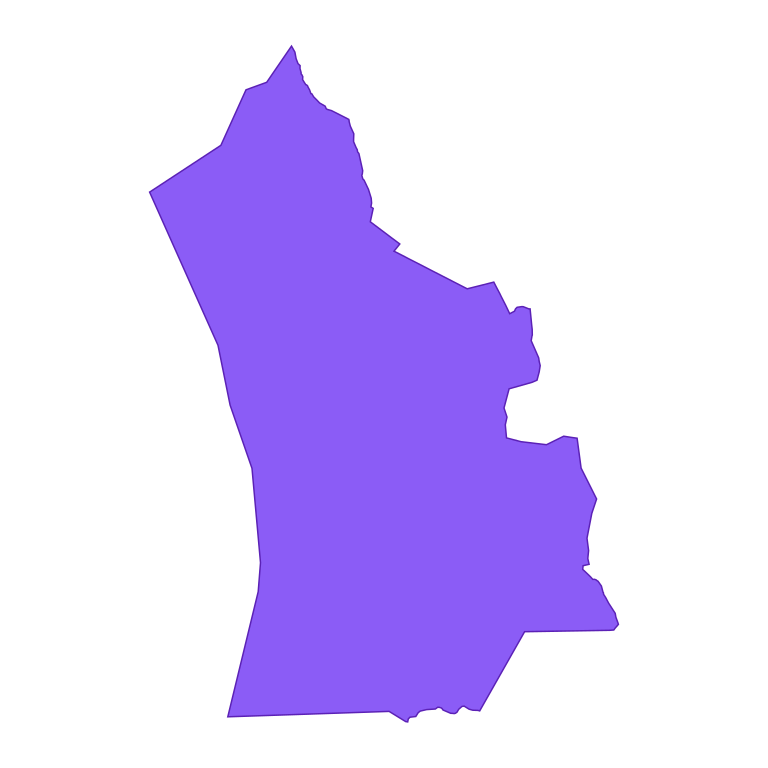 outline of Valerio Trujano, Oaxaca, Mexico
{"feature_id": "50627088B90895159009900", "entity_name": "Valerio Trujano", "entity_type": "district", "adm_level": 2, "iso_a3": "MEX", "parent_name": "Mexico", "parent_adm1": "Oaxaca", "projection": "robinson", "projection_center": [-96.976, 17.773], "detail": "fine", "context": "isolated", "style": "filled", "palette": "violet", "viewbox_px": 768, "rotation_deg": 0, "n_neighbors": 0, "source": "geoboundaries", "source_scale": "gbopen_adm2", "svg_char_len": 2126}
<svg xmlns="http://www.w3.org/2000/svg" viewBox="0 0 768 768"><path d="M149.6,192.1L218.0,345.3L230.1,405.1L252.0,468.4L257.6,530.4L260.5,562.7L258.2,591.7L227.8,716.8L389.1,711.4L405.7,721.6L407.7,721.9L408.3,718.9L410.0,717.2L415.8,716.5L418.2,712.7L420.2,711.1L426.6,709.6L435.4,709.0L437.6,707.3L439.2,707.3L441.4,708.0L442.2,708.8L443.0,710.0L450.7,713.3L453.0,713.4L454.1,713.6L455.4,713.3L457.0,712.2L458.7,709.3L462.0,706.4L463.1,706.3L464.1,706.1L469.1,709.2L472.7,710.2L478.0,710.4L479.7,710.9L524.6,631.7L609.8,630.3L613.8,630.0L615.1,628.2L618.4,624.4L618.0,623.0L615.9,617.2L615.2,613.3L608.6,603.1L605.7,597.6L603.6,594.3L603.4,592.7L603.0,592.2L601.4,586.0L598.0,581.2L597.1,580.7L596.0,579.8L594.5,579.3L592.8,579.4L590.4,576.7L585.1,571.6L582.7,569.4L583.1,565.7L589.1,564.3L587.8,558.5L588.6,550.6L587.0,538.2L591.8,513.4L596.6,499.0L581.1,468.1L581.0,467.3L577.1,438.2L571.4,437.4L563.7,436.2L546.5,444.7L521.1,441.7L506.5,437.9L505.3,424.8L507.0,417.1L504.0,408.0L509.1,388.8L532.1,382.3L537.0,380.2L539.2,371.9L540.2,365.6L539.2,361.4L538.7,357.9L531.2,340.7L532.0,335.9L532.3,335.1L532.2,329.4L532.0,327.7L531.7,325.1L530.1,308.9L528.9,308.9L523.3,306.7L521.9,306.6L517.1,307.3L515.5,308.9L514.5,311.2L509.7,313.7L505.7,305.3L501.2,296.5L499.9,293.8L497.0,288.3L495.7,285.8L493.8,282.1L480.4,285.5L467.2,288.8L432.9,271.2L427.7,268.5L413.1,261.0L408.0,258.4L404.8,256.7L394.0,251.2L399.8,244.0L390.6,237.1L370.3,221.8L373.2,208.4L370.9,206.9L371.6,203.1L371.2,198.2L368.5,189.5L364.1,180.2L362.8,178.9L361.8,175.3L362.3,174.0L362.7,170.7L358.9,153.5L357.6,151.9L357.2,149.6L356.1,147.6L353.6,141.7L353.6,139.5L353.8,133.8L350.3,126.1L349.2,121.8L349.1,121.1L349.1,120.6L348.8,119.4L340.4,115.1L331.5,110.6L327.3,109.4L326.2,108.7L325.2,106.2L319.5,102.9L317.1,100.3L316.9,100.1L313.7,96.9L311.8,93.8L310.9,93.6L309.6,89.9L308.1,87.2L307.6,85.9L306.6,84.9L305.8,84.7L304.7,83.0L302.6,79.6L302.8,76.7L301.9,74.8L301.1,73.9L301.1,72.5L300.0,68.5L300.1,65.6L298.0,63.6L296.1,58.6L294.9,52.1L291.5,46.1L266.7,82.3L246.0,89.8L220.9,145.3L149.6,192.1Z" fill="#8b5cf6" stroke="#5b21b6" stroke-width="1.5"/></svg>